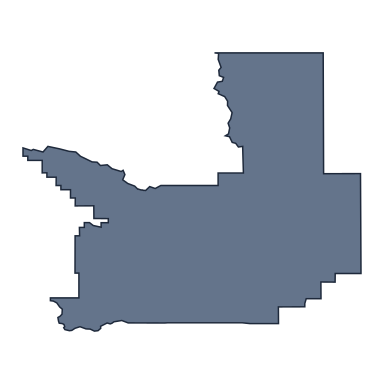 Missoula, Montana, United States of America
{"feature_id": "52423323B78038885777810", "entity_name": "Missoula", "entity_type": "district", "adm_level": 2, "iso_a3": "USA", "parent_name": "United States of America", "parent_adm1": "Montana", "projection": "natural_earth1", "projection_center": [-114.278, 47.116], "detail": "fine", "context": "isolated", "style": "filled", "palette": "slate", "viewbox_px": 384, "rotation_deg": 0, "n_neighbors": 0, "source": "geoboundaries", "source_scale": "gbopen_adm2", "svg_char_len": 1877}
<svg xmlns="http://www.w3.org/2000/svg" viewBox="0 0 384 384"><path d="M23.0,147.9L23.0,156.2L27.8,156.2L27.8,160.4L42.2,160.4L42.2,172.9L46.9,172.8L46.9,177.2L56.2,177.2L56.1,185.5L60.9,185.5L60.9,189.7L70.5,189.7L70.5,198.0L75.3,198.0L75.2,205.9L93.8,205.8L93.9,218.5L108.3,218.6L108.3,222.7L101.1,222.7L101.1,227.2L93.2,225.5L89.5,222.6L84.3,222.6L84.3,227.4L79.4,227.4L79.6,235.8L75.1,235.8L75.0,273.1L78.9,273.1L78.9,297.9L50.4,297.9L50.4,300.7L53.4,301.1L56.8,302.9L59.7,307.0L62.3,309.2L62.0,314.2L60.0,316.3L57.9,317.5L58.5,321.1L59.2,323.2L62.3,323.6L64.0,324.5L64.7,326.7L63.7,327.7L64.9,329.6L68.6,330.5L69.4,330.7L71.8,330.4L75.0,328.3L80.0,326.7L86.0,328.9L90.2,329.1L94.4,331.1L98.0,330.7L100.7,328.4L100.6,326.3L107.1,323.0L110.2,323.9L111.9,323.3L113.9,321.8L121.8,320.5L128.1,322.9L164.6,323.0L167.5,322.8L242.3,322.8L250.0,323.6L278.5,323.6L278.4,306.9L304.8,306.8L304.8,303.5L306.2,298.7L321.0,298.7L320.9,282.0L335.1,282.1L335.2,273.5L361.0,273.5L360.5,173.6L323.6,173.7L323.2,52.9L285.4,52.9L214.5,52.9L218.6,53.3L218.2,59.4L221.1,67.4L218.8,70.2L219.3,75.7L223.6,77.4L222.3,81.3L217.5,82.1L214.0,88.5L219.0,91.4L218.2,93.7L224.7,96.6L227.6,101.2L227.5,105.5L232.1,112.6L230.7,118.9L228.1,123.2L229.7,127.9L228.5,133.9L225.4,135.8L229.5,136.7L232.2,142.4L235.7,143.3L238.4,147.0L242.7,146.4L242.7,148.0L243.4,173.0L218.1,173.0L218.1,185.5L160.8,185.5L155.2,188.5L149.7,186.6L145.6,190.5L144.8,190.4L144.3,190.4L144.1,190.3L143.4,190.4L142.9,190.1L142.3,190.1L142.0,189.9L141.8,190.0L141.4,190.0L140.8,189.9L139.4,189.4L139.0,189.4L138.3,189.0L137.9,189.0L137.7,189.1L134.7,186.1L127.8,183.5L122.7,179.8L124.9,174.6L123.1,170.3L121.2,171.5L112.0,168.7L107.3,164.8L100.4,165.5L97.1,162.2L92.1,161.9L80.5,156.3L75.8,152.0L69.0,151.3L59.3,148.8L47.9,146.4L43.0,152.0L33.3,149.4L31.2,150.5L23.0,147.9Z" fill="#64748b" stroke="#1e293b" stroke-width="1.5"/></svg>